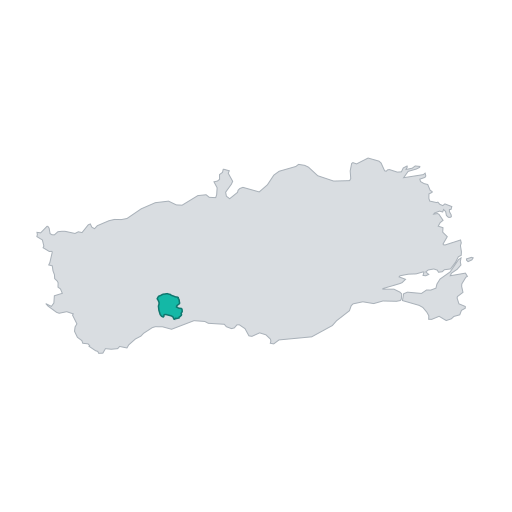 where Gümüshane sits in Turkey, rotated 172°
{"feature_id": "TUR-3031", "entity_name": "Gümüshane", "entity_type": "Province", "adm_level": 1, "iso_a3": "TUR", "parent_name": "Turkey", "parent_adm1": "", "projection": "mercator", "projection_center": [39.258, 40.339], "detail": "fine", "context": "in_parent", "style": "filled", "palette": "teal", "viewbox_px": 512, "rotation_deg": 172, "n_neighbors": 0, "source": "natural_earth", "source_scale": "10m", "svg_char_len": 4579}
<svg xmlns="http://www.w3.org/2000/svg" viewBox="0 0 512 512"><g transform="rotate(172 256 256)"><path d="M396.6,182.9L403.6,185.4L405.9,183.5L412.3,183.8L418.0,185.2L421.2,181.1L425.3,181.5L426.0,183.6L427.9,184.4L433.9,189.8L433.2,190.4L434.6,192.4L439.7,193.7L440.2,196.4L444.2,200.4L446.2,206.7L445.0,211.0L442.8,213.7L445.9,223.0L445.0,224.1L451.2,227.2L458.9,226.7L461.4,228.0L468.9,235.3L470.8,238.1L465.6,234.6L462.7,237.6L461.2,244.7L453.0,246.0L454.2,250.6L456.4,252.7L455.7,257.1L456.3,258.8L458.5,261.6L458.2,265.5L459.1,269.6L459.1,274.6L462.5,276.0L461.0,278.3L457.2,288.2L457.5,289.0L460.0,289.2L465.7,293.8L464.7,295.3L465.3,301.6L470.3,305.7L469.5,307.8L469.6,309.9L466.0,308.9L458.8,314.5L458.0,314.3L457.0,312.4L456.8,306.8L455.0,305.4L452.7,305.0L448.8,307.6L445.2,307.5L441.6,307.0L432.1,303.5L428.6,304.7L425.0,303.4L417.8,310.2L415.6,310.8L414.6,307.4L412.1,305.5L408.9,308.1L396.7,311.4L391.1,311.9L384.2,310.8L378.5,311.1L363.1,318.7L348.3,322.8L335.0,322.5L327.8,317.7L322.1,316.6L305.2,323.9L296.9,323.6L294.1,320.6L287.8,319.4L286.4,322.2L285.0,329.0L287.3,335.3L283.7,335.6L281.4,337.0L280.8,341.7L277.5,343.5L276.4,346.4L275.8,346.4L270.6,344.1L272.0,341.8L268.7,333.2L270.4,330.5L277.2,323.4L277.0,319.3L274.1,316.4L265.4,321.6L264.6,323.6L262.6,325.1L259.4,325.8L243.9,319.0L234.8,324.9L227.1,333.6L221.3,336.7L204.1,339.1L201.1,340.8L195.2,339.0L191.7,336.7L183.7,326.9L168.7,319.4L152.8,317.6L151.4,319.5L150.9,327.1L148.4,334.3L147.1,335.0L143.6,333.2L131.4,337.4L121.0,332.8L119.2,330.7L116.8,322.5L115.3,321.8L113.6,323.0L111.8,323.0L104.4,319.4L100.3,319.1L97.9,322.7L93.9,324.1L93.8,323.1L95.4,320.8L89.1,321.2L85.8,323.0L81.3,321.9L81.6,321.0L85.2,319.8L93.6,318.6L98.9,313.0L78.9,313.3L77.0,314.5L76.7,311.6L77.8,310.3L83.1,309.3L82.7,306.8L79.5,304.3L76.0,302.9L74.4,296.8L72.6,295.3L72.8,294.5L76.1,293.4L76.8,288.9L76.3,286.2L69.8,283.8L68.4,284.0L66.8,281.6L64.0,279.9L61.7,281.3L55.2,277.7L56.4,275.0L58.0,275.1L58.3,273.0L57.0,269.5L57.1,267.7L58.5,267.2L60.2,267.6L61.8,269.7L62.0,273.6L63.8,276.0L65.0,273.6L68.0,274.9L73.3,273.7L74.3,272.7L70.4,272.8L69.0,271.8L65.8,265.3L69.0,263.4L71.4,260.2L66.9,258.0L67.8,253.6L63.9,248.5L69.1,241.9L68.8,241.0L67.2,240.6L51.2,243.4L50.9,240.4L52.1,237.9L52.0,231.6L52.7,228.1L55.7,227.1L59.3,222.1L65.2,216.1L71.3,216.2L73.8,214.5L77.5,214.5L78.5,216.8L81.7,218.4L87.4,218.2L90.1,216.6L87.5,213.7L90.7,212.8L93.3,213.5L91.9,216.7L92.7,217.0L100.0,216.0L107.6,216.8L116.1,216.4L117.2,215.4L111.2,212.1L115.0,209.3L117.2,208.7L134.9,206.1L135.0,205.5L124.1,204.0L118.5,200.2L117.0,198.1L118.1,193.1L119.3,191.8L123.2,191.6L136.6,193.8L146.1,192.5L156.6,195.8L166.5,195.1L168.6,193.6L171.1,188.8L185.2,180.7L190.1,176.5L212.1,168.2L244.9,169.7L250.7,166.5L254.0,167.6L253.1,169.7L253.3,171.7L257.2,176.6L263.1,179.4L271.2,177.0L274.1,177.9L277.0,185.6L282.1,190.2L284.4,190.5L287.5,187.8L290.4,187.5L295.2,190.1L296.9,192.8L312.6,196.0L315.8,198.3L326.4,200.6L349.8,195.2L358.4,198.9L365.6,200.0L368.7,199.5L378.1,195.1L381.1,192.7L387.0,190.6L394.4,185.7L396.6,182.9ZM93.8,169.3L93.2,172.8L94.6,176.5L97.9,181.8L101.3,184.4L117.2,191.5L115.0,198.1L111.0,199.1L97.4,195.9L91.8,198.6L87.8,197.9L82.3,199.1L80.7,203.1L76.9,207.6L66.0,213.2L56.0,224.2L53.2,225.6L54.5,221.9L54.3,218.6L58.7,214.8L64.8,211.8L66.4,209.4L51.0,209.9L49.5,206.4L51.1,205.8L56.1,199.7L56.6,197.2L56.1,191.2L62.2,187.8L62.7,186.4L61.7,180.4L55.8,176.9L56.0,175.2L60.1,173.6L62.4,169.4L68.5,168.6L71.3,166.6L76.6,165.6L83.1,170.8L90.8,168.8L93.8,169.3ZM48.0,223.8L42.8,224.7L41.2,223.9L42.8,222.1L46.8,220.9L48.1,222.6L48.0,223.8Z" fill="#d9dde1" stroke="#a8b0b8" stroke-width="1"/><path d="M359.0,211.3L359.7,215.7L359.6,220.0L358.8,221.7L358.6,222.6L358.5,223.6L359.0,225.6L359.8,227.4L358.9,228.7L358.0,229.7L355.5,230.3L354.2,230.9L353.0,231.1L351.6,231.0L350.3,231.1L348.9,231.0L347.6,230.3L346.3,229.9L345.9,229.5L345.5,229.0L344.7,228.5L343.8,228.1L341.4,226.7L340.7,226.5L340.0,226.4L339.4,226.1L338.8,225.7L339.0,224.8L338.4,224.0L338.2,222.9L338.3,221.9L338.2,220.9L338.2,219.9L338.7,219.3L340.9,218.1L341.6,217.5L341.8,216.4L341.2,216.3L340.6,215.7L340.0,215.1L337.4,214.5L336.7,213.7L336.7,212.7L336.8,211.3L336.9,211.1L337.1,210.8L337.8,210.1L338.2,209.3L337.9,208.4L338.2,207.6L338.9,207.2L339.6,206.6L340.1,206.5L340.6,206.2L340.7,205.8L340.8,205.4L343.5,205.1L343.9,205.5L344.4,205.5L344.9,205.1L345.2,204.6L346.2,205.1L346.5,206.9L348.0,208.4L353.3,210.6L354.6,210.7L355.1,210.6L355.4,210.2L355.7,209.0L356.4,208.5L357.9,209.5L359.0,211.3Z" fill="#14b8a6" stroke="#0f766e" stroke-width="1.5"/></g></svg>